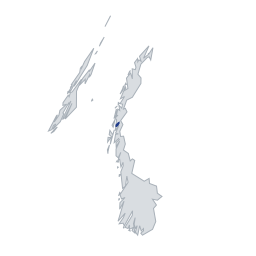 Gratangen nor, Norway shown in context, rotated 299°
{"feature_id": "86288312B27152726766865", "entity_name": "Gratangen nor", "entity_type": "district", "adm_level": 2, "iso_a3": "NOR", "parent_name": "Norway", "parent_adm1": "", "projection": "equal_earth", "projection_center": [17.46, 68.708], "detail": "fine", "context": "in_parent", "style": "filled", "palette": "blue", "viewbox_px": 256, "rotation_deg": 299, "n_neighbors": 0, "source": "geoboundaries", "source_scale": "gbopen_adm2", "svg_char_len": 4676}
<svg xmlns="http://www.w3.org/2000/svg" viewBox="0 0 256 256"><g transform="rotate(299 128 128)"><path d="M151.7,113.3L142.4,114.9L143.9,116.1L141.6,119.3L130.9,118.0L128.5,121.9L121.2,122.4L117.0,125.6L118.7,128.1L112.7,133.4L106.5,134.7L105.9,140.6L100.3,145.9L103.1,146.8L102.9,149.6L90.1,153.3L89.3,168.0L94.1,170.9L89.9,173.7L91.0,181.1L85.2,185.3L84.6,190.9L79.1,188.7L77.6,183.9L74.4,190.2L70.0,189.3L59.7,197.6L51.3,198.6L41.3,192.6L42.2,190.2L45.6,191.4L47.5,190.3L44.3,189.5L48.2,185.6L39.0,188.4L40.6,184.9L47.1,183.4L43.8,183.1L46.9,180.0L53.1,177.7L47.1,179.1L39.5,184.9L40.3,181.2L43.7,180.9L40.1,178.3L43.9,176.3L40.1,176.7L39.7,173.5L53.7,174.1L57.8,172.1L40.6,172.2L42.4,169.9L39.9,166.7L47.3,167.4L52.2,166.8L41.6,164.5L62.1,160.0L52.9,160.1L58.8,157.2L65.8,159.1L62.8,156.7L65.9,153.3L80.5,154.4L85.4,150.3L75.8,154.0L72.6,152.5L86.1,143.0L92.8,142.1L95.6,140.3L90.4,140.8L96.6,135.9L95.0,134.9L103.2,133.5L97.2,133.9L97.9,131.0L103.9,127.7L112.4,127.1L106.1,126.6L109.5,124.6L113.5,126.1L114.2,124.9L108.5,123.0L116.3,120.2L118.2,122.5L117.5,119.6L126.2,118.8L119.5,118.1L129.6,114.1L130.6,112.0L134.4,113.0L132.8,111.9L139.6,109.9L139.3,112.3L143.5,109.0L142.3,112.9L146.2,111.7L145.4,109.2L153.9,109.7L149.9,107.2L158.2,106.3L162.5,108.8L170.9,102.5L177.3,103.6L173.1,108.0L181.8,103.0L182.6,106.1L185.0,105.5L188.4,102.0L193.4,102.7L190.6,104.5L192.9,104.5L192.7,107.1L196.3,103.3L210.0,106.5L196.5,107.8L202.5,110.3L210.3,110.9L198.5,114.9L200.5,112.0L199.1,110.7L190.1,108.3L179.8,110.6L178.1,115.1L173.2,117.7L157.0,116.9L151.7,113.3ZM118.6,58.9L127.7,59.8L126.8,61.3L130.9,60.5L132.6,61.7L148.2,63.7L135.3,65.1L121.1,72.8L105.4,68.7L122.4,67.1L106.0,67.6L103.7,66.6L123.9,65.0L119.7,64.6L121.7,64.0L109.6,63.8L109.3,65.0L100.6,65.7L90.5,62.9L96.5,62.9L94.1,61.6L89.7,62.2L86.8,59.9L104.1,59.5L105.3,59.9L97.5,60.6L105.5,61.4L110.5,59.9L119.1,62.8L116.2,60.1L118.6,58.9ZM138.5,57.4L153.1,58.9L157.1,57.4L158.9,57.6L157.8,58.4L165.1,57.8L181.2,59.4L162.8,62.0L140.8,60.9L138.2,60.5L144.6,59.9L132.8,59.9L130.1,59.3L133.5,58.9L128.2,58.5L136.3,58.6L135.3,57.9L138.6,58.3L138.5,57.4ZM149.5,64.3L160.3,66.1L158.4,66.7L168.8,67.7L156.7,69.8L154.5,69.6L156.0,68.6L145.8,69.0L149.9,67.0L141.5,64.7L149.5,64.3ZM114.7,117.9L119.8,116.9L105.1,120.4L112.5,117.6L113.0,114.8L117.2,113.3L114.7,117.9ZM122.7,112.7L129.5,112.5L121.5,114.6L122.7,112.7ZM129.4,111.2L139.0,108.6L133.9,111.3L129.4,111.2ZM85.9,63.1L93.0,64.9L94.6,65.7L89.0,64.8L85.9,63.1ZM110.2,115.1L111.3,117.6L105.9,117.0L110.2,115.1ZM162.8,103.6L159.1,105.3L153.8,104.6L159.8,104.3L162.8,103.6ZM163.5,104.8L161.9,106.8L159.7,106.3L163.5,104.8ZM99.0,120.6L104.2,120.0L98.5,121.7L99.0,120.6ZM217.3,58.4L205.5,58.7L217.7,58.3L217.3,58.4ZM189.1,62.8L196.0,63.1L185.6,63.3L189.1,62.8ZM174.3,102.3L178.2,101.9L179.5,102.3L174.3,102.3ZM166.0,104.3L165.3,105.4L164.2,104.5L166.0,104.3ZM145.6,107.2L145.5,108.3L144.0,107.9L145.6,107.2ZM135.9,82.8L135.4,83.7L133.6,83.0L135.9,82.8ZM180.6,63.9L177.4,63.8L177.1,63.5L180.6,63.9ZM83.0,143.0L83.9,144.0L81.0,143.8L83.0,143.0ZM138.9,107.0L140.9,107.4L142.0,108.0L138.9,107.0ZM130.3,57.8L131.6,58.2L129.6,58.0L130.3,57.8ZM67.4,152.5L64.0,152.7L67.6,152.0L67.4,152.5ZM62.5,154.3L61.1,155.2L60.6,154.7L62.5,154.3ZM97.6,122.0L95.8,122.9L97.8,121.4L97.6,122.0ZM39.5,178.7L38.9,180.3L38.9,178.3L39.5,178.7ZM93.6,135.1L92.9,134.3L93.9,134.3L93.6,135.1ZM203.3,109.3L203.0,110.1L202.8,110.0L203.3,109.3ZM94.5,135.8L92.6,136.0L94.9,135.6L94.5,135.8ZM88.9,137.7L89.0,138.5L88.1,138.2L88.9,137.7ZM39.2,172.2L38.3,173.1L38.6,172.3L39.2,172.2Z" fill="#d9dde1" stroke="#a8b0b8" stroke-width="1"/><path d="M127.7,117.7L127.8,117.5L127.8,117.4L128.0,117.3L127.9,117.2L128.0,117.2L127.9,117.2L128.0,117.2L127.9,117.1L127.7,117.1L127.1,117.0L126.9,117.0L126.6,117.0L126.4,117.0L126.5,116.9L126.4,116.8L126.5,116.7L126.4,116.6L126.2,116.6L125.9,116.6L125.7,116.6L125.5,116.4L125.4,116.4L125.5,116.4L125.4,116.4L125.5,116.3L125.6,116.2L125.5,116.3L125.4,116.3L125.2,116.3L124.9,116.4L124.8,116.5L124.7,116.5L124.4,116.5L124.2,116.6L124.3,116.7L124.5,116.7L124.7,116.8L124.8,116.8L125.0,116.8L125.0,116.7L125.3,116.7L125.4,116.8L125.5,116.8L125.7,117.0L125.8,117.0L126.0,117.1L126.3,117.1L126.5,117.1L126.8,117.1L127.0,117.2L126.9,117.2L127.0,117.2L126.9,117.2L126.7,117.2L126.4,117.1L126.2,117.1L125.9,117.2L125.7,117.2L125.4,117.1L125.4,116.9L125.2,116.9L124.9,116.9L124.7,116.8L124.4,116.8L124.2,116.8L123.9,116.9L123.9,117.0L124.1,117.1L124.3,117.2L124.5,117.2L124.8,117.2L124.8,117.3L124.7,117.3L124.8,117.4L125.0,117.4L125.1,117.5L125.3,117.4L125.5,117.4L125.6,117.5L125.8,117.6L126.0,117.6L127.4,117.7L127.7,117.7Z" fill="#3b82f6" stroke="#1e3a8a" stroke-width="1.5"/></g></svg>